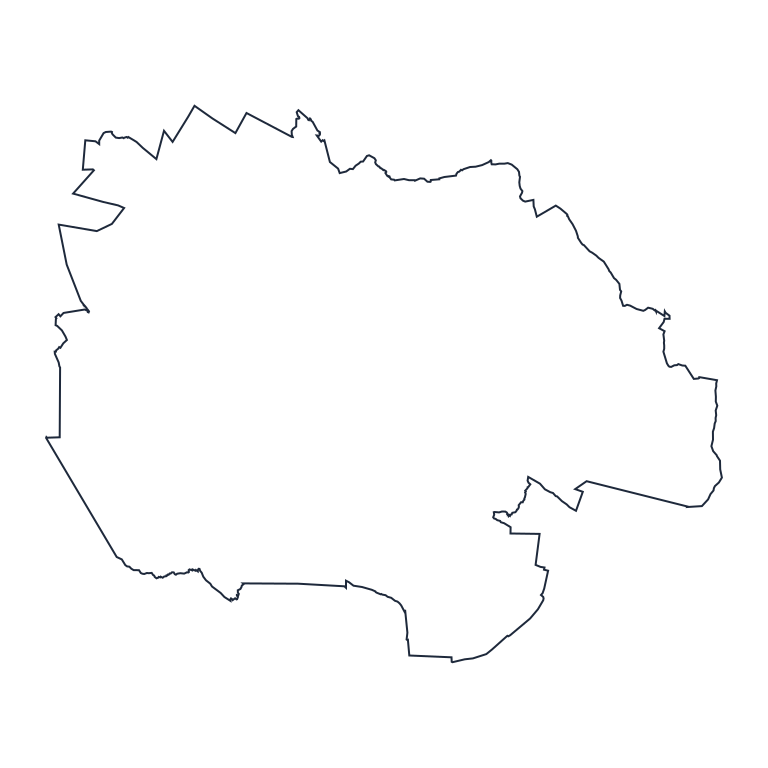 General Francisco R. Murguía, Zacatecas, Mexico
{"feature_id": "50627088B31059355925449", "entity_name": "General Francisco R. Murguía", "entity_type": "district", "adm_level": 2, "iso_a3": "MEX", "parent_name": "Mexico", "parent_adm1": "Zacatecas", "projection": "natural_earth1", "projection_center": [-102.697, 24.128], "detail": "fine", "context": "isolated", "style": "outline", "palette": "slate", "viewbox_px": 768, "rotation_deg": 0, "n_neighbors": 0, "source": "geoboundaries", "source_scale": "gbopen_adm2", "svg_char_len": 6063}
<svg xmlns="http://www.w3.org/2000/svg" viewBox="0 0 768 768"><path d="M307.5,118.2L298.4,110.2L296.7,112.2L297.6,115.1L298.0,116.2L299.1,116.9L299.4,118.1L298.8,118.7L297.1,118.6L296.3,119.0L296.2,126.5L293.0,128.9L291.6,131.1L291.8,134.7L292.7,137.0L291.9,136.9L246.5,113.0L235.4,133.1L212.5,118.5L194.5,105.8L188.2,116.7L172.6,141.9L164.0,130.8L156.4,159.1L142.8,147.9L136.6,142.0L133.7,140.2L128.3,137.0L127.7,137.7L126.5,137.0L123.8,137.9L124.4,138.5L122.3,137.5L119.1,138.1L115.8,137.6L112.5,134.3L111.8,132.9L112.0,132.0L111.1,131.6L105.8,132.0L103.6,133.1L99.2,140.6L99.2,144.1L95.5,141.3L85.3,140.3L82.8,169.7L92.9,169.4L93.9,170.3L73.1,193.6L103.4,202.0L118.1,205.4L124.1,208.0L111.9,223.9L96.8,231.1L58.7,224.6L66.7,264.6L80.8,300.9L83.4,304.3L83.6,305.1L84.2,305.2L84.5,306.3L85.1,306.2L86.8,308.4L87.3,310.0L87.8,309.8L89.0,311.4L88.6,312.4L87.9,312.1L88.1,311.2L84.8,309.5L64.4,312.8L63.5,313.0L60.4,316.3L58.6,314.2L55.5,317.1L56.4,318.3L55.9,319.0L55.6,325.2L57.2,325.9L61.9,330.4L65.5,336.6L66.9,340.0L63.3,343.3L60.4,347.8L59.2,347.1L58.2,348.7L56.1,350.4L55.9,351.6L54.7,351.6L54.9,353.9L58.7,362.5L59.4,366.3L60.1,367.5L59.7,437.3L47.0,437.7L46.4,437.1L46.1,437.9L116.7,557.0L121.8,559.4L125.3,565.1L127.1,566.4L129.4,566.7L131.3,568.7L133.6,570.1L139.0,570.2L140.8,573.0L142.3,573.7L144.2,574.0L146.9,573.0L148.8,573.2L151.7,572.9L153.0,574.9L154.2,575.6L154.7,576.9L156.5,578.3L158.4,577.6L158.7,576.9L160.4,577.3L160.7,576.7L162.7,577.7L164.2,576.5L166.2,576.2L166.4,575.5L167.0,575.6L167.7,574.6L168.6,574.8L169.6,573.5L170.6,573.6L172.0,572.3L173.7,572.4L174.8,574.2L175.9,574.7L177.2,573.7L180.3,573.2L184.2,573.6L187.0,572.3L188.3,572.5L188.9,572.0L188.7,570.1L189.5,569.4L192.3,570.4L192.5,569.4L195.5,570.7L195.9,570.0L197.8,571.4L197.9,570.0L198.6,568.8L199.5,568.9L200.2,570.9L201.7,572.7L203.3,576.7L206.0,580.3L210.3,583.7L212.0,586.5L220.7,593.0L224.4,597.0L230.5,600.9L230.4,599.3L231.0,598.4L232.3,599.3L232.7,600.1L235.1,598.3L236.5,599.4L237.1,599.2L237.9,597.1L237.7,596.4L236.9,595.7L236.9,595.1L238.2,595.6L238.8,593.9L237.9,592.7L237.8,590.3L240.4,589.0L241.5,587.0L241.8,585.6L243.8,584.0L243.1,583.4L298.2,583.7L344.4,586.3L346.0,587.8L346.0,580.7L349.1,582.3L353.5,585.7L362.0,587.0L371.8,589.8L375.4,591.4L375.7,592.1L376.7,592.7L380.7,594.3L381.3,594.0L382.3,594.6L385.6,595.2L387.6,596.8L391.2,597.8L395.0,600.8L397.5,601.6L399.5,603.3L401.2,605.4L404.5,611.7L405.1,609.9L407.4,632.7L406.6,639.5L407.3,640.0L407.9,639.8L409.3,655.5L451.5,657.3L451.7,661.8L452.5,662.2L464.8,659.3L472.9,658.4L486.3,654.1L492.0,649.5L507.0,636.1L507.5,635.8L508.3,636.3L510.1,635.3L530.1,618.5L537.9,609.3L543.2,600.3L543.6,598.4L543.2,596.9L541.0,595.0L542.6,593.2L544.2,588.6L548.1,570.7L544.0,569.7L544.5,567.5L540.5,566.9L535.6,564.9L539.6,533.9L510.5,533.5L510.6,527.2L504.1,523.2L500.8,522.2L500.1,520.9L497.3,520.2L495.6,518.9L494.1,518.5L493.2,517.3L494.2,514.7L493.8,512.2L494.5,512.0L499.1,512.4L502.0,511.5L505.4,511.6L506.9,512.6L507.3,513.4L507.1,514.0L508.3,514.5L508.0,515.2L508.5,515.2L508.7,516.2L509.7,515.4L510.0,515.7L510.3,514.7L511.6,514.5L512.3,512.8L515.4,512.2L516.7,510.5L516.9,509.6L517.6,509.4L518.4,508.3L518.9,506.9L518.7,505.2L521.1,502.2L522.7,502.3L523.4,500.6L524.4,499.6L524.3,498.6L524.9,497.4L525.7,493.9L525.1,492.4L525.8,491.6L525.2,490.7L527.5,488.2L527.6,487.2L528.4,486.9L530.3,484.3L528.5,482.7L527.6,480.7L528.2,476.9L540.0,483.7L544.9,489.3L550.3,492.2L553.0,493.0L555.7,496.1L557.1,496.4L561.9,501.1L566.7,504.4L569.5,507.2L576.0,510.8L582.8,491.8L575.2,489.1L586.6,481.2L687.8,506.6L687.5,507.0L701.9,506.1L708.1,499.4L710.5,494.1L713.5,490.5L713.9,488.2L714.9,486.1L718.9,482.5L721.9,477.6L720.2,469.4L720.0,460.7L717.0,456.2L716.7,455.2L713.2,451.2L711.4,446.2L713.0,439.7L712.9,431.7L714.1,428.1L714.7,423.5L715.7,421.1L715.6,418.0L716.2,415.2L715.7,410.5L717.3,405.7L715.8,401.6L715.9,396.7L715.4,390.5L716.3,386.4L716.2,383.5L717.0,380.2L699.7,377.2L699.2,377.2L699.1,378.1L698.3,378.5L693.8,378.9L685.3,365.7L682.3,365.5L678.3,364.1L677.0,365.1L674.3,365.3L671.2,366.9L669.4,366.7L668.4,365.8L666.9,363.3L663.4,351.7L664.2,348.8L664.2,345.3L663.9,342.8L664.2,340.7L663.4,334.4L664.6,331.2L659.1,328.2L663.7,322.0L664.5,318.8L669.6,318.8L669.5,315.7L665.6,312.8L664.8,311.4L664.4,316.0L656.2,310.8L656.1,311.6L655.4,310.0L654.7,310.4L652.7,308.8L650.3,308.2L648.1,307.7L645.1,310.0L643.3,310.8L636.6,309.0L630.1,305.6L627.0,304.8L624.8,305.9L623.1,305.8L621.5,300.6L620.1,298.0L620.2,295.4L621.2,291.4L620.0,289.8L619.4,283.9L616.1,279.8L614.0,278.1L610.7,272.5L609.3,271.1L608.5,269.1L603.8,261.6L598.6,257.9L596.3,255.6L592.2,252.7L589.6,251.3L583.9,245.1L582.6,244.6L581.2,242.9L577.9,237.8L577.8,236.3L576.0,230.8L572.6,224.2L569.2,219.3L567.9,216.3L567.1,215.8L567.4,214.9L566.9,214.1L560.4,208.6L555.8,205.6L536.8,216.7L534.9,209.3L533.7,206.4L533.4,199.9L525.2,201.6L523.0,200.7L520.5,198.3L520.0,196.4L522.0,192.8L522.4,191.1L520.5,188.6L519.7,185.9L519.3,182.3L520.0,176.8L519.4,175.7L519.0,171.9L517.3,169.2L511.7,164.6L507.8,163.1L504.2,163.7L499.1,163.7L495.6,164.4L491.7,164.3L491.3,162.7L491.3,160.6L490.9,160.2L488.7,162.1L482.1,165.1L475.6,166.7L470.1,167.0L463.5,169.2L462.1,170.3L461.0,169.8L459.3,171.6L457.8,172.1L456.5,173.8L456.0,175.6L444.4,177.0L439.3,178.4L439.3,179.3L430.8,180.0L430.7,181.6L430.2,181.9L427.4,181.7L424.1,178.7L420.2,178.4L415.0,180.7L414.8,180.2L409.0,180.2L404.0,179.0L394.7,180.4L394.1,179.7L391.2,179.4L389.9,177.7L389.5,176.4L388.7,176.1L388.4,176.6L387.2,175.8L385.4,173.0L386.3,171.9L385.9,171.1L383.7,169.8L383.3,170.1L381.3,168.3L380.4,168.2L379.3,166.6L378.5,166.5L375.9,164.1L375.2,162.4L375.8,160.3L374.4,158.2L369.1,155.3L366.9,156.0L363.1,161.5L360.7,161.7L358.9,163.5L355.6,165.7L352.9,169.1L349.9,168.8L346.2,171.5L339.7,173.1L338.1,168.6L329.9,162.0L324.4,140.4L323.6,141.0L322.7,140.2L321.2,141.6L316.8,135.5L319.0,135.7L319.9,134.6L320.0,133.2L319.5,133.0L319.8,132.1L317.4,130.5L312.7,121.9L311.2,120.7L310.8,119.3L310.0,118.5L309.0,120.2L308.2,119.8L307.5,118.2Z" fill="none" stroke="#1e293b" stroke-width="2"/></svg>